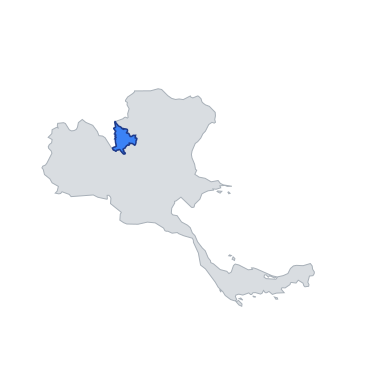 Thailand, with Loei highlighted, rotated 306°
{"feature_id": "THA-445", "entity_name": "Loei", "entity_type": "Province", "adm_level": 1, "iso_a3": "THA", "parent_name": "Thailand", "parent_adm1": "", "projection": "mercator", "projection_center": [101.577, 17.486], "detail": "fine", "context": "in_parent", "style": "filled", "palette": "blue", "viewbox_px": 384, "rotation_deg": 306, "n_neighbors": 0, "source": "natural_earth", "source_scale": "10m", "svg_char_len": 7522}
<svg xmlns="http://www.w3.org/2000/svg" viewBox="0 0 384 384"><g transform="rotate(306 192 192)"><path d="M164.8,44.5L165.1,46.0L166.6,44.0L168.6,43.0L172.6,47.4L173.0,49.3L170.2,56.2L170.6,58.6L172.4,60.5L174.6,61.6L177.0,61.3L181.4,59.3L186.2,60.6L185.9,65.2L187.6,72.5L185.3,79.9L182.9,83.6L184.7,86.8L184.8,89.8L180.2,101.3L181.1,102.2L184.1,103.5L185.3,103.1L190.2,98.6L195.5,95.0L197.3,92.1L200.7,91.1L203.7,88.4L210.7,93.1L212.6,93.5L213.5,94.3L213.8,96.2L214.7,96.5L217.6,93.9L222.4,92.2L224.3,88.2L226.5,87.0L226.3,85.0L227.0,84.3L231.0,84.1L236.9,86.2L239.0,86.6L240.0,86.1L249.5,99.0L255.6,103.9L257.1,107.2L255.7,115.8L255.8,120.6L257.2,124.3L259.7,126.9L261.6,130.6L268.7,134.2L268.1,135.1L268.6,137.4L272.9,140.0L273.3,140.9L272.8,144.4L270.8,147.0L270.4,149.1L270.4,151.7L271.5,155.7L270.1,163.9L267.4,166.2L264.0,167.8L262.2,170.0L260.8,169.5L260.1,167.2L256.4,165.9L249.1,167.1L245.5,166.6L240.7,167.4L236.0,167.0L233.2,166.1L225.3,167.9L222.0,169.5L219.6,171.9L216.0,177.8L212.4,181.5L212.4,183.0L208.0,183.9L208.2,189.0L210.8,194.6L211.5,201.5L216.6,206.4L215.6,209.9L216.2,213.2L220.1,220.9L217.3,217.3L216.7,214.8L213.4,210.9L212.3,212.8L208.4,209.9L206.8,207.1L206.2,208.3L202.4,204.3L198.5,202.1L196.3,201.1L190.8,202.6L183.8,201.4L181.1,202.5L180.0,201.8L179.3,200.6L181.3,186.1L175.3,184.3L174.2,183.4L172.9,184.5L167.0,185.1L162.7,187.7L162.2,189.9L164.1,193.9L161.6,201.1L162.5,207.9L162.1,211.6L159.1,216.3L158.4,220.1L155.0,225.8L152.8,233.1L152.2,237.3L148.3,243.7L147.3,247.3L145.9,248.7L146.5,251.6L145.8,260.4L148.3,266.8L147.7,269.8L150.4,270.8L156.9,268.8L159.1,269.3L160.5,272.8L162.1,283.2L164.9,286.4L165.6,284.8L166.8,286.5L167.8,289.6L171.3,306.0L173.1,310.3L171.0,309.2L169.8,304.0L167.9,303.8L168.6,300.6L167.4,299.4L165.5,300.3L165.5,302.9L170.7,311.1L173.9,311.3L177.9,314.9L182.4,317.5L188.0,316.6L191.8,317.5L194.1,319.7L197.7,325.2L203.7,329.8L202.8,332.7L200.4,335.0L199.2,338.0L197.6,338.9L195.4,339.0L193.0,336.4L187.1,338.7L185.8,341.1L184.3,341.8L181.7,339.1L181.9,337.6L183.5,335.4L183.1,329.8L179.5,329.7L177.2,325.5L176.4,325.1L174.7,325.7L169.1,323.7L167.5,321.1L165.8,321.3L164.7,325.8L159.8,319.7L156.4,317.2L156.8,312.7L154.5,311.7L153.6,310.4L154.4,307.7L151.2,308.2L149.7,307.4L147.9,302.5L146.3,300.5L144.2,300.5L143.5,299.6L143.7,297.2L138.5,293.7L136.8,289.8L134.4,288.1L132.8,288.6L131.3,291.4L130.1,291.2L129.0,290.4L127.7,286.5L127.8,279.7L129.4,275.7L130.3,269.3L132.7,263.9L137.7,248.1L137.9,241.9L146.4,233.0L152.1,222.8L153.9,221.3L154.8,219.4L151.8,211.2L150.4,205.5L150.6,204.0L147.0,200.1L146.1,195.6L145.1,194.2L144.8,192.8L146.1,190.2L145.4,180.4L141.4,173.6L134.2,167.3L127.8,158.1L127.0,154.8L126.8,150.2L131.9,147.0L134.0,146.8L134.7,132.9L139.1,130.2L140.0,129.0L140.5,126.7L139.4,125.3L136.6,127.6L136.0,127.1L132.4,118.9L131.6,113.9L117.2,96.9L117.9,94.1L115.8,86.7L113.6,86.6L112.2,85.3L110.7,82.0L113.5,82.4L118.0,80.6L117.2,73.4L119.1,69.3L119.4,62.4L122.8,58.4L123.3,56.4L125.2,56.1L127.7,57.6L130.3,57.6L141.0,55.9L142.4,54.0L143.1,50.3L144.1,49.1L146.5,48.7L149.3,49.5L152.2,48.0L151.7,43.5L156.8,44.3L160.2,42.2L164.8,44.5ZM131.6,293.2L130.8,298.3L128.8,299.4L128.2,296.4L129.3,291.6L129.9,292.7L131.6,293.2ZM163.7,263.4L163.4,265.8L161.6,266.6L161.2,263.9L163.7,263.4ZM208.0,212.2L210.1,215.7L207.6,215.4L207.1,212.0L208.0,212.2ZM155.7,324.3L154.6,322.8L155.5,320.4L156.5,323.3L155.7,324.3ZM134.9,293.8L134.4,296.6L133.4,292.8L134.9,293.8ZM163.8,261.2L162.8,260.9L162.0,259.2L163.2,259.3L163.8,261.2ZM143.6,302.2L144.7,305.4L143.4,303.9L143.6,302.2ZM213.6,221.5L213.3,223.6L212.2,222.8L212.9,221.2L213.6,221.5ZM129.1,273.4L127.9,274.2L128.9,272.3L129.1,273.4Z" fill="#d9dde1" stroke="#a8b0b8" stroke-width="1"/><path d="M180.8,101.9L181.7,102.1L182.0,102.3L182.4,102.5L182.7,102.8L183.0,103.2L183.3,103.2L183.9,103.6L184.5,103.8L184.8,103.8L184.9,103.6L185.2,103.2L185.3,102.9L185.5,102.7L185.8,102.7L186.0,102.6L186.1,102.4L186.5,101.7L186.9,101.2L189.0,99.4L189.3,99.3L189.6,99.3L189.9,98.8L190.0,98.6L189.9,98.6L189.7,98.6L189.6,98.3L189.9,98.3L190.2,98.3L190.5,98.3L190.8,98.0L190.9,97.9L191.0,97.9L191.0,98.1L191.2,98.5L191.3,98.5L191.3,98.3L191.4,98.2L191.5,98.0L191.9,97.6L192.6,97.3L193.0,97.0L192.5,96.7L193.1,96.5L193.2,96.3L193.3,96.1L193.4,95.8L193.4,95.5L193.8,95.8L194.0,95.5L194.2,95.1L194.5,94.9L196.4,94.6L196.4,94.2L196.9,92.8L197.1,91.9L197.2,91.5L197.6,91.2L197.9,91.5L198.6,91.7L199.4,92.1L199.8,92.0L203.1,88.4L203.8,88.4L203.8,89.0L203.7,89.2L203.6,89.4L203.4,89.5L203.2,89.6L203.1,89.9L202.8,90.9L202.8,91.7L202.7,91.8L202.7,92.0L202.5,92.4L202.5,92.6L202.4,92.9L202.4,93.0L202.2,93.1L202.2,93.3L202.2,93.8L202.4,94.6L202.4,95.0L202.5,95.1L202.6,95.3L202.6,95.6L202.7,96.1L202.7,96.3L202.6,96.8L202.6,97.1L202.5,97.3L202.4,97.3L202.2,98.0L202.2,98.3L202.4,99.5L202.5,99.8L202.8,99.7L202.9,99.4L203.0,99.2L203.1,99.4L203.4,100.2L203.4,100.3L203.5,100.4L203.5,100.6L203.7,100.8L203.8,100.9L203.9,101.1L204.1,101.4L204.5,102.5L204.5,102.9L204.3,103.1L204.2,103.4L204.0,103.6L203.9,103.6L203.6,103.9L203.2,104.1L202.9,104.1L202.5,104.1L202.4,104.1L202.2,104.1L201.8,104.1L201.6,104.1L201.4,104.2L201.4,104.3L201.4,104.5L201.4,104.8L201.5,105.0L201.6,105.3L202.0,105.6L202.1,105.8L202.1,106.0L202.1,106.3L202.1,106.5L202.1,106.8L202.0,107.0L201.9,107.1L201.5,107.5L201.4,107.6L201.3,107.8L201.3,108.3L201.2,108.4L201.2,108.5L200.7,109.0L200.6,109.3L200.8,109.8L201.3,110.4L201.5,110.5L201.8,110.6L202.0,110.6L202.2,110.8L202.3,110.8L202.6,110.9L202.8,110.9L202.9,111.1L203.1,111.1L203.3,111.2L203.5,111.3L203.7,111.6L203.8,111.8L203.8,112.1L204.1,112.3L204.2,112.5L204.3,112.6L204.5,112.8L204.7,113.0L204.0,113.3L203.8,113.4L203.5,113.7L203.4,113.8L202.6,114.2L202.4,114.2L202.4,114.3L202.4,114.5L202.7,115.2L202.8,115.3L203.0,115.5L202.8,116.0L202.7,116.1L202.4,116.2L202.2,116.2L201.9,116.3L201.6,116.5L201.4,116.6L201.0,116.5L200.9,116.5L200.4,116.7L199.1,117.6L197.6,118.2L196.7,118.3L196.4,118.3L196.2,118.2L196.2,117.9L196.3,117.5L196.3,117.4L196.2,117.3L196.1,116.9L196.2,115.7L196.1,115.4L196.1,115.0L196.0,114.8L195.9,114.7L195.5,114.3L195.4,114.2L194.9,112.9L194.8,112.5L194.7,112.4L194.4,112.5L194.1,112.8L194.0,113.1L193.9,113.3L193.5,113.4L193.5,113.5L193.3,113.5L193.2,113.5L192.9,113.5L192.7,113.4L192.3,112.5L192.3,112.4L192.2,112.4L191.9,112.3L191.2,111.9L190.9,111.8L190.6,112.0L190.4,112.0L190.1,111.9L189.9,111.8L189.7,111.9L189.1,111.9L188.8,111.9L188.7,111.9L188.4,112.0L188.2,112.0L188.2,111.9L188.0,111.7L187.4,111.5L186.7,111.2L186.1,111.0L185.9,111.1L185.8,111.3L185.9,111.5L185.8,111.8L185.7,111.9L185.6,112.1L185.5,112.3L185.4,112.3L185.3,112.5L185.1,112.6L184.9,112.6L184.7,112.6L184.5,112.9L184.5,113.0L184.6,113.4L184.6,113.5L184.5,113.9L184.5,114.1L184.4,114.3L184.4,114.7L184.4,114.8L184.2,114.9L184.1,115.0L184.0,115.3L183.3,115.3L183.3,115.0L183.2,114.9L182.8,114.7L182.6,114.6L182.6,114.4L182.8,114.2L182.7,113.8L182.7,113.7L182.5,113.4L182.8,113.0L182.8,112.9L182.8,112.7L182.8,112.0L182.9,111.9L183.0,111.7L183.2,111.1L183.3,110.0L183.4,109.8L183.5,109.7L183.7,109.4L183.8,108.9L183.8,108.7L183.6,108.2L183.4,107.9L183.2,107.8L182.9,107.8L182.8,107.7L182.7,107.7L182.5,107.3L182.4,107.2L182.2,107.2L181.9,106.8L181.8,106.7L181.7,106.6L181.2,106.6L180.9,106.6L180.7,106.5L180.4,106.6L180.2,106.4L180.1,106.2L180.1,105.8L180.1,105.7L180.2,105.4L180.1,104.4L180.0,104.2L179.9,104.1L179.7,103.9L179.7,103.7L179.8,103.6L180.0,103.4L180.1,103.2L180.1,102.8L180.1,102.7L180.3,102.5L180.5,102.4L180.7,102.2L180.8,101.9Z" fill="#3b82f6" stroke="#1e3a8a" stroke-width="1.5"/></g></svg>